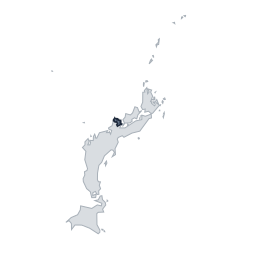 location of Wakayama within Japan, rotated 166°
{"feature_id": "JPN-1854", "entity_name": "Wakayama", "entity_type": "Prefecture", "adm_level": 1, "iso_a3": "JPN", "parent_name": "Japan", "parent_adm1": "", "projection": "robinson", "projection_center": [135.481, 33.903], "detail": "fine", "context": "in_parent", "style": "filled", "palette": "slate", "viewbox_px": 256, "rotation_deg": 166, "n_neighbors": 0, "source": "natural_earth", "source_scale": "10m", "svg_char_len": 5037}
<svg xmlns="http://www.w3.org/2000/svg" viewBox="0 0 256 256"><g transform="rotate(166 128 128)"><path d="M176.2,68.3L180.0,69.2L180.0,75.3L182.8,79.1L184.3,86.8L183.8,89.7L181.3,92.8L180.8,96.1L178.1,96.7L177.1,98.4L177.6,107.7L174.5,115.6L176.9,120.1L173.8,122.1L173.1,125.0L169.3,127.4L169.1,124.0L171.1,121.4L169.1,120.8L167.8,123.0L168.0,125.3L164.8,124.2L163.6,128.1L161.8,130.1L161.5,126.9L162.2,126.4L160.8,125.6L156.9,130.3L148.4,130.4L150.0,128.7L147.6,128.2L147.0,129.1L146.4,126.2L144.4,129.6L147.0,131.8L146.8,132.8L142.9,134.1L139.8,139.6L138.1,140.3L136.3,139.7L133.8,135.6L133.6,133.1L136.0,130.1L130.9,128.8L118.9,133.0L112.6,132.8L111.4,137.1L108.3,135.2L102.1,135.9L102.8,132.1L105.4,132.0L117.3,122.1L125.3,122.1L134.2,120.0L135.4,121.9L139.7,121.2L141.1,119.8L140.9,116.6L145.6,111.0L146.6,105.2L150.2,104.0L147.1,107.6L147.9,110.1L149.7,110.9L157.6,106.7L161.8,101.1L165.3,98.8L168.4,91.8L170.2,85.1L169.7,83.0L167.8,82.4L169.7,79.4L169.3,75.7L171.6,74.2L172.3,70.7L174.1,71.0L175.0,74.3L177.7,73.8L178.5,71.0L175.3,71.6L175.3,70.5L176.2,68.3ZM196.4,45.0L202.9,46.7L207.4,43.1L206.0,49.0L207.6,52.3L211.1,51.5L204.7,54.9L197.9,56.0L194.1,60.1L192.8,63.9L182.6,58.7L176.4,60.8L172.7,58.9L171.6,61.3L177.7,65.6L174.2,65.5L171.4,68.7L169.7,68.6L170.1,64.7L168.1,61.4L168.2,58.7L172.3,55.4L171.9,52.3L177.3,53.4L179.0,52.5L181.5,41.7L180.0,35.7L180.6,33.6L182.5,32.6L189.5,40.1L196.4,45.0ZM104.0,139.3L107.9,139.3L106.7,142.2L109.4,142.4L110.2,145.8L107.5,149.5L105.0,159.1L102.9,158.8L103.1,160.4L100.0,162.6L100.7,156.4L99.0,157.7L99.2,161.1L95.9,159.1L97.3,157.3L96.4,152.9L99.8,148.1L98.8,147.8L99.2,146.2L96.9,143.1L96.0,143.8L96.3,146.1L97.5,146.0L97.6,147.4L95.4,146.8L93.2,148.6L92.6,144.2L94.9,146.0L91.9,142.6L100.6,136.3L102.4,136.8L104.0,139.3ZM125.0,132.5L130.2,133.6L130.9,137.3L128.2,139.2L126.7,142.5L122.5,140.1L119.9,141.5L116.2,146.9L113.9,145.5L113.3,140.8L110.4,141.6L115.1,138.5L117.3,134.8L119.3,136.3L122.2,135.5L122.4,133.5L125.0,132.5ZM80.8,202.0L77.7,203.9L77.2,206.5L76.0,207.0L78.1,201.6L79.5,201.8L80.8,199.9L80.8,202.0ZM159.4,99.1L156.9,101.2L157.0,99.0L158.9,96.9L158.5,99.0L159.4,99.1ZM92.0,185.1L89.5,188.7L88.0,187.6L92.0,185.1ZM95.5,151.7L94.6,151.5L95.0,149.0L96.2,148.8L95.5,151.7ZM132.4,133.1L130.4,133.0L132.9,130.8L132.2,132.1L132.4,133.1ZM99.4,169.4L98.0,169.4L97.6,168.3L99.6,168.3L99.4,169.4ZM91.3,130.8L89.7,132.3L91.2,129.5L91.3,130.8ZM102.0,168.2L101.3,167.8L102.8,164.3L102.7,166.0L102.0,168.2ZM84.9,146.7L86.2,146.8L86.6,147.8L85.1,148.3L84.9,146.7ZM90.2,133.1L89.1,134.4L89.3,132.8L90.2,133.1ZM46.5,223.4L44.9,223.3L44.9,223.0L45.6,222.2L46.5,223.4ZM120.7,115.8L119.8,116.1L119.5,115.0L120.2,114.6L120.7,115.8ZM88.0,146.2L87.4,145.1L88.3,143.5L88.8,144.8L88.0,146.2ZM49.7,221.2L49.2,222.7L48.4,222.8L48.1,222.0L49.7,221.2ZM86.6,192.3L85.9,192.3L85.9,190.7L86.3,190.6L86.6,192.3ZM178.0,36.1L176.9,35.8L176.8,35.3L177.7,35.1L178.0,36.1ZM98.5,149.1L97.2,149.9L96.8,149.6L98.5,149.1ZM165.7,63.0L165.2,62.1L166.1,61.8L165.7,63.0ZM111.8,136.8L112.6,136.5L113.6,136.5L111.8,136.8ZM176.2,33.2L176.1,34.7L175.6,33.0L176.2,33.2ZM91.4,142.1L90.3,143.1L91.8,141.5L91.4,142.1ZM58.7,219.2L57.3,219.3L57.4,218.0L57.8,218.6L58.7,219.2ZM93.5,137.2L92.7,138.0L93.0,137.0L93.5,137.2ZM127.8,130.9L127.3,131.9L126.7,131.0L127.8,130.9ZM88.7,188.2L88.5,188.9L88.2,188.1L88.7,188.2ZM166.2,128.7L165.9,129.5L165.7,128.7L166.2,128.7ZM93.3,156.1L92.6,156.3L93.2,155.7L93.3,156.1ZM114.4,134.1L114.4,135.0L113.7,134.9L114.4,134.1ZM169.7,143.9L169.0,144.0L169.0,143.6L169.7,143.9ZM188.1,201.4L188.1,202.3L187.6,201.3L188.1,201.4Z" fill="#d9dde1" stroke="#a8b0b8" stroke-width="1"/><path d="M140.4,138.5L140.3,138.8L140.1,138.9L140.1,139.1L139.9,139.1L140.0,139.3L140.0,139.5L139.8,139.8L139.6,139.8L139.1,140.1L138.9,140.2L138.8,140.4L138.8,140.6L138.7,140.7L138.6,140.8L138.6,140.6L138.7,140.4L137.9,140.3L137.7,140.2L136.6,139.8L136.2,139.7L135.9,139.5L135.8,139.4L135.8,139.2L135.7,139.0L135.7,138.9L135.3,138.7L135.5,138.5L135.7,138.4L135.9,138.4L135.4,138.0L135.3,137.9L135.2,137.8L134.9,137.7L134.6,137.7L134.4,137.4L134.2,137.1L134.0,136.8L133.8,136.7L133.6,136.7L133.4,136.7L133.3,136.8L133.3,136.7L133.5,136.5L133.5,136.4L133.4,136.3L133.5,136.2L133.5,135.9L133.7,135.7L133.8,135.7L134.0,135.6L134.1,135.3L133.9,135.2L133.7,135.1L133.7,134.8L133.8,134.8L133.8,134.7L134.0,134.4L134.3,134.5L134.3,134.3L134.2,134.2L133.9,133.6L133.6,133.3L133.3,133.3L133.4,133.1L133.5,133.0L133.8,133.2L134.3,133.2L135.2,133.0L135.4,132.9L136.3,132.7L136.5,132.7L136.8,132.7L137.4,132.4L137.8,132.3L137.8,132.8L137.9,133.1L138.1,133.4L138.2,133.7L138.2,133.8L137.9,133.8L137.7,133.9L137.7,134.0L137.5,134.3L137.3,134.5L137.2,134.7L137.0,134.9L137.0,135.1L137.1,135.3L137.2,135.5L137.3,135.7L137.5,135.9L137.5,136.1L137.5,136.3L137.4,136.4L137.4,136.7L137.4,136.8L137.5,136.9L137.5,137.0L137.8,136.8L138.0,136.8L138.4,136.9L138.5,136.9L138.8,136.8L139.0,136.8L139.3,137.1L139.3,137.3L139.3,137.5L139.7,138.0L139.8,138.1L140.0,138.3L140.4,138.5Z" fill="#64748b" stroke="#1e293b" stroke-width="1.5"/></g></svg>